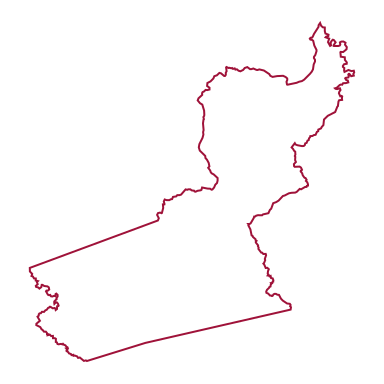 Ricaurte, Nariño, Colombia (Albers equal-area conic projection)
{"feature_id": "7082276B47092068992796", "entity_name": "Ricaurte", "entity_type": "district", "adm_level": 2, "iso_a3": "COL", "parent_name": "Colombia", "parent_adm1": "Nariño", "projection": "albers", "projection_center": [-77.964, 1.247], "detail": "fine", "context": "isolated", "style": "outline", "palette": "rose", "viewbox_px": 384, "rotation_deg": 0, "n_neighbors": 0, "source": "geoboundaries", "source_scale": "gbopen_adm2", "svg_char_len": 5852}
<svg xmlns="http://www.w3.org/2000/svg" viewBox="0 0 384 384"><path d="M290.6,309.6L291.0,307.2L290.1,306.2L290.6,305.0L289.8,303.8L287.1,303.5L282.8,300.6L280.9,298.6L279.0,294.9L277.3,294.7L276.0,293.9L274.4,293.9L273.5,294.4L272.5,295.9L271.8,296.0L271.1,295.5L270.0,295.5L268.2,293.6L266.4,292.8L266.2,291.6L267.0,289.8L269.0,287.9L269.3,287.1L270.5,286.5L270.7,284.8L271.3,284.0L270.9,283.1L272.3,283.0L272.5,281.9L273.2,281.6L273.0,281.0L273.4,280.3L272.7,278.4L271.1,278.1L270.6,275.9L269.5,276.4L269.1,275.7L267.8,275.5L268.5,274.6L267.7,273.7L268.0,271.1L268.8,269.2L267.3,267.8L265.7,268.0L264.3,264.7L263.4,263.6L264.1,262.9L265.2,260.1L264.8,259.0L266.1,255.2L265.7,253.9L263.3,254.0L262.2,252.7L261.2,252.6L258.4,248.9L258.6,247.5L257.9,246.2L258.1,245.4L255.8,242.5L255.8,241.7L256.5,240.9L255.7,240.4L255.5,239.2L253.0,237.0L252.5,235.8L251.6,235.4L250.4,229.4L248.4,225.5L248.8,224.9L248.2,224.0L249.4,224.0L250.6,223.4L253.7,218.1L254.2,216.5L255.2,216.5L256.1,215.7L257.9,215.2L262.0,215.3L263.0,214.4L268.4,213.2L269.9,209.9L271.2,208.7L273.2,203.2L276.2,202.1L278.6,200.6L282.9,196.0L284.7,195.5L288.9,193.3L291.4,192.8L295.2,192.6L296.7,191.9L299.7,188.9L301.1,189.3L305.0,187.0L306.5,186.9L306.8,185.9L308.0,185.6L308.0,184.4L307.3,182.3L305.9,180.9L306.6,179.8L305.5,178.0L304.6,177.8L303.8,176.8L302.7,175.2L302.2,173.3L300.7,171.5L300.8,170.7L301.5,170.5L302.0,169.8L301.0,167.6L299.6,166.6L294.7,166.8L294.1,166.2L293.9,164.1L295.9,162.0L295.1,160.1L295.3,156.8L294.8,156.0L295.4,154.6L295.2,151.6L294.1,150.8L293.1,149.0L291.6,147.4L294.8,143.2L295.4,144.4L297.3,145.2L302.0,146.1L303.7,146.0L304.8,145.1L305.2,143.4L306.6,142.9L307.5,140.6L308.7,140.1L309.0,138.4L310.1,137.1L310.3,136.1L312.4,136.0L313.8,135.1L315.6,134.8L316.9,131.9L318.2,131.2L318.3,129.6L321.0,128.4L321.7,127.0L323.4,125.1L324.0,119.5L327.8,115.8L335.2,112.0L337.3,106.7L337.9,106.1L338.5,101.4L339.2,100.2L342.1,99.9L341.9,98.1L342.2,96.4L341.6,95.9L340.3,96.3L338.9,93.2L339.3,91.8L340.5,90.0L339.9,88.3L337.2,89.1L335.5,88.8L335.0,88.3L336.7,87.8L339.7,85.0L341.0,84.5L342.2,84.7L343.1,83.2L345.8,83.1L348.3,82.4L347.8,80.5L346.2,80.0L345.2,78.4L345.5,77.9L348.4,77.4L348.8,76.3L348.3,74.5L348.7,73.9L349.4,73.9L351.2,76.2L353.8,75.6L353.3,74.0L354.2,72.4L353.8,70.7L351.5,71.1L348.5,70.0L344.5,71.9L344.1,70.6L344.3,68.0L342.9,66.9L342.9,65.9L344.1,64.2L346.7,63.8L346.8,62.4L344.9,59.9L344.8,57.3L340.8,56.7L340.4,52.3L340.6,51.9L343.2,52.0L346.5,49.3L346.8,47.1L345.0,44.7L345.5,42.7L343.4,41.5L341.3,41.6L339.9,42.4L340.3,44.5L339.8,45.5L338.3,46.0L333.8,46.0L333.5,45.8L333.7,45.1L335.6,42.3L333.8,40.0L332.8,39.7L331.7,40.8L330.6,42.7L331.0,45.4L330.1,45.9L328.0,42.1L329.2,38.6L325.6,37.3L326.2,36.6L328.3,36.1L328.5,34.7L325.4,33.5L324.8,31.1L324.8,27.5L322.8,27.3L321.1,25.7L320.1,23.0L318.6,25.2L318.5,26.9L314.0,33.9L312.8,36.6L312.2,37.5L310.5,37.8L309.8,38.7L310.4,39.6L312.1,39.9L313.2,40.8L314.3,45.5L316.5,49.9L316.5,51.2L315.3,55.0L314.0,56.8L313.9,58.0L315.0,59.8L315.0,61.5L313.7,64.4L313.0,69.3L311.8,71.6L310.0,73.8L304.1,79.7L301.9,81.1L299.2,81.7L296.6,82.8L287.6,84.7L287.0,84.5L286.5,81.8L287.3,79.9L287.2,78.4L285.6,77.0L283.1,75.8L277.1,76.1L272.6,76.9L270.3,75.8L269.3,74.1L263.9,70.5L259.3,69.4L257.5,70.0L256.5,69.9L253.3,68.5L251.5,69.1L250.0,69.1L247.3,67.1L244.7,68.0L243.2,69.9L240.4,71.3L238.5,70.7L236.9,69.3L235.4,69.6L234.7,68.4L233.0,68.9L232.1,68.0L231.3,68.3L229.5,67.8L228.6,68.0L226.5,67.0L226.1,67.4L226.6,71.2L225.8,72.7L225.8,74.8L225.1,75.9L224.2,76.0L221.0,73.3L219.4,72.9L216.9,75.3L214.3,76.2L213.4,78.5L210.5,81.4L207.4,83.0L207.1,86.0L209.5,87.7L209.5,89.5L207.2,90.1L205.6,89.9L204.0,91.5L202.6,92.1L202.1,93.1L202.2,94.9L198.5,98.3L197.7,100.4L200.0,103.2L202.3,104.6L204.1,110.6L204.3,114.5L204.2,115.8L203.4,117.1L203.9,119.2L203.5,119.7L203.0,123.3L203.6,130.1L203.1,132.1L203.4,134.6L202.5,137.9L199.4,144.1L198.8,147.4L199.8,150.6L205.2,155.9L205.5,158.1L206.9,159.6L208.7,162.9L209.4,166.4L208.2,167.8L210.2,170.5L210.6,171.9L211.6,173.3L213.7,174.4L217.6,178.0L217.6,180.6L217.0,183.0L215.3,184.7L214.1,187.5L212.4,189.5L211.5,189.7L210.1,188.7L207.6,188.6L202.1,187.5L201.4,189.9L200.7,190.3L197.5,190.8L195.6,191.7L194.6,191.5L194.1,190.7L191.7,190.4L190.3,189.3L188.3,189.3L187.2,189.8L185.6,189.4L181.1,194.6L179.6,195.1L177.3,195.1L176.2,196.4L173.0,196.9L172.1,199.1L170.7,199.3L169.4,200.1L166.5,200.1L164.7,199.5L163.8,201.5L164.5,204.0L164.4,204.4L162.9,204.4L163.2,207.9L161.9,213.0L161.6,213.2L160.0,212.6L158.0,213.1L157.1,214.9L158.8,218.2L157.9,220.5L29.8,267.9L29.9,271.5L32.2,273.9L31.5,276.0L32.9,276.5L34.0,278.4L35.8,278.5L35.7,280.5L37.9,281.1L36.9,282.1L37.7,284.2L35.8,285.9L36.1,286.9L38.1,287.4L39.4,288.6L41.3,287.1L41.7,284.9L42.6,284.9L44.2,286.0L47.5,286.4L48.8,287.4L49.2,289.5L47.7,290.7L46.5,290.6L46.0,291.3L47.9,294.7L49.1,295.2L50.2,294.9L51.0,296.3L52.4,296.5L53.9,295.9L55.3,296.1L55.6,294.0L56.3,293.6L57.6,294.9L57.6,296.5L56.4,298.1L56.7,299.0L54.3,301.4L54.2,302.9L54.4,303.9L55.6,302.6L56.7,302.3L57.9,303.6L58.6,305.6L58.4,306.0L57.1,306.3L57.0,309.0L55.7,310.0L55.4,308.7L54.7,308.0L52.7,308.3L50.5,306.8L49.7,306.8L49.5,307.4L48.1,307.9L46.8,309.7L45.3,310.4L44.0,311.9L41.9,311.8L40.9,313.2L39.5,313.4L38.8,314.2L38.7,315.7L37.5,316.7L39.9,320.8L36.4,323.7L36.3,325.1L40.3,327.1L41.6,329.4L42.4,329.7L44.0,331.7L45.9,331.7L47.0,333.1L47.0,334.2L48.1,334.2L47.8,335.2L49.9,334.7L51.2,336.1L52.9,335.9L53.0,338.2L54.9,338.2L55.9,338.8L55.8,342.0L56.9,342.4L57.5,344.0L58.6,344.3L61.0,343.9L62.4,344.4L63.0,343.8L64.1,344.9L65.4,345.3L66.3,346.6L67.5,347.3L67.8,348.1L66.4,348.4L67.5,349.3L67.5,349.8L66.5,350.3L66.5,351.0L68.3,352.2L69.0,353.4L70.9,354.0L71.5,355.1L73.3,354.8L73.5,355.8L74.9,355.6L77.1,356.4L78.1,357.9L79.8,357.5L83.9,360.9L85.9,360.4L86.9,361.0L145.4,342.9L290.6,309.6Z" fill="none" stroke="#9f1239" stroke-width="2"/></svg>